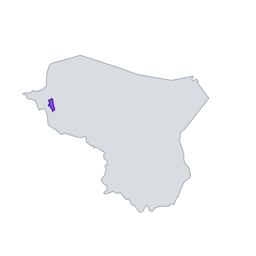 location of Al-Midaina, Al-Basrah, Iraq, rotated 159°
{"feature_id": "34846034B84303625922159", "entity_name": "Al-Midaina", "entity_type": "district", "adm_level": 2, "iso_a3": "IRQ", "parent_name": "Iraq", "parent_adm1": "Al-Basrah", "projection": "mercator", "projection_center": [47.228, 30.976], "detail": "fine", "context": "in_parent", "style": "filled", "palette": "violet", "viewbox_px": 256, "rotation_deg": 159, "n_neighbors": 0, "source": "geoboundaries", "source_scale": "gbopen_adm2", "svg_char_len": 3996}
<svg xmlns="http://www.w3.org/2000/svg" viewBox="0 0 256 256"><g transform="rotate(159 128 128)"><path d="M105.1,46.2L106.8,45.8L110.0,43.1L111.8,40.6L112.4,40.4L114.1,41.2L115.3,41.4L118.0,40.5L119.6,41.0L121.0,41.6L121.8,41.7L125.5,43.2L126.4,43.4L128.3,43.6L131.1,43.7L132.9,42.7L134.2,41.7L135.1,41.7L136.0,41.9L136.7,42.4L137.4,43.1L137.7,44.1L137.5,47.5L137.8,48.3L138.3,49.0L139.0,49.1L139.7,48.4L141.1,47.3L142.7,46.2L144.0,45.1L144.7,44.7L145.8,44.8L146.9,45.0L147.5,45.5L148.1,47.2L149.5,53.0L150.3,53.8L151.3,54.4L151.9,55.3L152.2,56.1L152.1,57.5L152.2,59.0L152.5,60.2L153.1,61.1L153.6,61.6L154.3,61.6L155.2,61.9L155.9,62.8L157.8,69.3L158.0,70.2L158.8,70.5L160.1,70.3L161.5,71.0L163.0,72.1L164.3,74.1L165.3,74.4L168.2,74.1L172.2,74.4L174.0,75.5L173.8,76.1L172.4,76.8L169.9,77.6L169.1,79.0L168.7,80.9L168.8,81.9L169.4,83.0L171.2,85.2L171.3,86.0L171.6,87.2L171.9,87.9L171.6,89.4L170.0,90.4L167.8,91.5L163.5,96.5L163.2,97.6L163.3,100.5L162.8,101.3L161.5,101.3L160.4,101.1L160.4,102.2L159.7,103.5L159.3,104.7L160.9,107.5L161.2,109.0L160.9,110.3L159.5,112.6L158.6,114.2L158.8,114.5L159.9,115.1L163.5,120.2L164.6,122.0L166.1,121.5L166.7,121.5L167.1,121.8L167.4,122.4L167.4,123.2L167.0,124.3L168.9,124.8L169.6,125.9L171.8,129.8L171.7,131.0L170.6,132.8L170.6,134.1L170.9,135.2L171.2,135.6L174.5,135.7L175.9,136.1L179.3,138.1L183.1,141.2L186.3,143.7L189.0,145.8L191.9,145.7L192.6,146.1L193.4,146.7L194.2,148.5L195.9,152.4L197.3,153.7L199.4,156.9L201.5,159.8L200.1,163.8L198.8,168.0L198.8,173.3L198.8,176.2L201.6,176.3L204.6,176.4L204.7,179.8L204.7,183.3L204.7,187.2L205.6,187.3L207.0,188.2L207.7,189.4L208.4,190.1L209.4,190.2L210.3,190.8L211.2,192.0L211.5,192.8L211.3,193.4L211.5,194.4L212.1,195.9L212.9,196.6L214.1,197.4L212.5,197.9L210.7,197.5L206.9,195.8L205.7,195.8L204.1,196.4L204.1,197.0L200.1,195.1L198.7,194.7L198.2,194.7L195.9,194.7L192.7,195.0L190.8,195.8L189.4,196.6L188.8,197.4L188.6,197.9L187.6,200.3L186.4,203.3L185.2,206.0L182.8,209.9L181.4,211.7L178.6,215.0L175.5,215.6L168.3,215.0L160.4,214.2L152.5,213.5L146.6,213.0L146.2,212.8L140.3,208.1L135.7,204.4L130.0,199.7L124.1,194.9L118.2,190.1L113.9,186.6L108.6,182.0L103.8,177.8L100.1,174.6L95.2,171.7L91.4,169.4L85.9,166.1L81.5,163.5L77.8,161.2L72.0,157.8L70.0,156.8L64.0,155.7L58.3,154.7L52.4,153.6L48.5,153.0L51.1,150.5L50.3,148.2L48.4,148.7L46.6,149.2L45.6,145.7L46.9,145.3L45.7,140.7L44.4,136.0L43.2,131.5L41.9,126.8L46.9,123.8L50.6,121.6L55.9,118.5L60.9,115.4L65.7,112.5L71.0,109.3L75.7,106.5L80.0,105.3L80.9,104.4L82.9,100.5L84.6,97.1L84.7,96.3L84.7,91.6L85.0,86.0L85.5,82.9L86.5,80.3L87.4,78.3L87.5,76.5L87.4,74.7L86.4,71.9L85.5,68.9L85.6,66.1L85.8,64.6L86.4,62.2L87.4,60.4L88.5,59.3L92.6,58.1L95.0,57.5L98.3,54.3L100.2,52.4L102.9,49.5L104.9,47.3L105.1,46.5L105.1,46.2Z" fill="#d9dde1" stroke="#a8b0b8" stroke-width="1"/><path d="M188.5,182.4L188.9,182.4L189.0,182.5L189.3,182.5L189.5,182.5L189.6,182.4L189.7,182.2L189.8,182.1L190.3,182.1L191.2,182.2L191.3,182.2L191.7,182.2L192.0,182.2L192.1,181.7L192.1,181.3L192.1,181.0L192.1,180.9L192.1,180.5L192.1,180.1L192.1,179.7L192.1,179.4L192.1,179.1L192.2,178.9L192.4,178.8L192.5,178.6L192.8,178.2L193.2,178.1L193.4,178.0L193.6,178.0L193.8,177.9L193.9,177.7L194.0,177.4L194.0,177.1L193.8,177.1L193.7,177.0L193.4,176.9L193.1,176.9L193.0,177.0L192.8,177.0L192.8,176.7L192.8,176.4L192.8,176.1L192.8,175.7L192.7,175.2L192.6,174.8L192.5,174.3L192.4,173.9L192.3,173.5L192.1,173.1L192.1,172.7L192.2,172.3L192.2,171.8L192.2,171.3L192.2,170.8L191.8,170.8L191.6,170.9L190.7,171.3L190.4,171.5L190.1,171.6L190.0,171.9L189.9,172.2L189.9,172.5L189.8,172.8L189.8,173.1L189.8,173.4L189.8,173.8L189.8,174.0L189.8,174.4L189.8,174.5L189.8,174.9L189.8,175.1L189.7,175.4L189.6,175.7L189.6,175.8L189.5,176.0L189.5,176.4L189.5,176.8L189.5,177.0L189.4,177.4L189.3,177.9L189.1,178.5L189.1,178.8L189.0,179.0L188.9,179.2L188.8,179.8L188.8,180.0L188.7,180.2L188.7,180.5L188.5,181.0L188.5,181.3L188.4,181.5L188.4,181.8L188.4,182.2L188.5,182.4Z" fill="#8b5cf6" stroke="#5b21b6" stroke-width="1.5"/></g></svg>